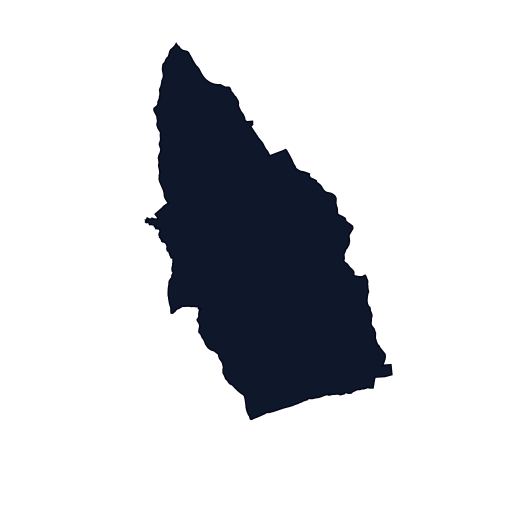 the district of Plopana, Bacau, Romania, rotated 30°
{"feature_id": "2599482B77085245724303", "entity_name": "Plopana", "entity_type": "district", "adm_level": 2, "iso_a3": "ROU", "parent_name": "Romania", "parent_adm1": "Bacau", "projection": "albers", "projection_center": [27.232, 46.669], "detail": "fine", "context": "isolated", "style": "filled", "palette": "ink", "viewbox_px": 512, "rotation_deg": 30, "n_neighbors": 0, "source": "geoboundaries", "source_scale": "gbopen_adm2", "svg_char_len": 6124}
<svg xmlns="http://www.w3.org/2000/svg" viewBox="0 0 512 512"><g transform="rotate(30 256 256)"><path d="M394.8,260.2L391.2,258.7L390.1,257.9L389.1,256.6L387.9,253.8L386.9,252.4L386.7,250.8L385.9,249.2L384.0,247.5L382.5,246.4L381.0,244.4L380.1,243.5L378.7,243.5L376.4,241.8L374.4,239.3L372.6,235.5L371.8,233.4L371.3,230.7L371.0,230.2L370.1,229.4L368.7,227.7L367.3,225.5L366.4,224.5L365.8,222.8L364.6,221.2L363.5,220.6L361.7,219.0L360.2,218.1L359.7,218.5L358.8,220.4L357.9,221.2L355.1,222.7L352.4,223.5L351.3,224.2L349.7,223.0L348.8,221.1L348.0,220.5L345.9,219.7L342.8,219.1L339.2,217.4L336.4,217.2L334.9,216.7L334.2,216.2L333.9,214.8L333.4,213.7L332.0,211.7L331.2,211.0L331.2,210.2L330.4,205.0L330.8,203.4L330.6,199.3L329.7,197.3L329.7,196.8L329.2,195.9L326.9,192.8L326.3,192.5L326.3,191.7L326.0,190.8L326.1,184.1L325.8,183.4L325.3,182.6L324.7,182.0L324.4,181.8L323.6,181.9L322.6,181.6L318.5,181.3L316.3,180.9L314.8,179.1L314.2,178.8L311.3,178.7L306.8,179.1L305.6,178.7L304.7,177.6L303.2,175.2L302.2,173.8L301.2,173.1L299.1,170.9L298.3,169.6L296.9,166.8L296.3,165.9L294.4,164.7L293.0,164.3L290.5,164.2L289.2,164.4L285.7,165.6L283.6,165.8L281.0,165.0L277.7,163.1L276.1,162.5L273.8,162.1L271.6,162.0L270.6,160.7L267.4,160.8L264.6,161.2L263.6,161.0L263.1,160.8L262.0,159.8L261.3,158.8L261.2,158.2L256.2,159.1L254.5,159.6L254.6,159.9L252.3,160.3L252.1,160.6L247.6,160.5L245.5,159.7L245.3,159.1L242.2,157.5L239.0,155.0L234.2,152.0L229.4,149.2L228.8,149.1L228.3,149.1L227.8,149.8L227.8,150.2L217.8,162.4L217.3,162.2L216.1,161.3L213.7,159.7L210.5,158.5L205.2,155.0L198.5,152.5L196.8,151.5L195.2,151.0L194.9,150.5L193.1,149.8L186.6,146.5L187.3,143.8L187.0,143.7L185.9,141.4L185.6,141.1L181.2,144.2L180.0,144.4L178.9,144.0L178.1,143.5L176.6,141.7L175.6,141.1L174.5,140.1L170.3,138.3L166.9,135.9L165.2,134.4L164.3,132.3L162.9,130.8L159.0,128.5L157.2,128.2L155.4,127.1L152.0,125.9L151.5,125.6L151.0,124.7L149.2,123.6L148.8,123.4L147.8,123.6L146.1,124.7L144.1,125.4L140.9,125.4L139.3,125.6L138.0,126.5L134.8,127.9L132.5,128.5L129.4,128.9L125.5,128.6L123.3,128.1L120.1,126.9L117.1,125.3L112.8,122.5L110.6,121.6L109.0,121.3L107.5,120.6L103.1,118.2L101.1,116.8L97.4,114.7L96.0,113.7L94.4,113.4L93.4,113.5L90.7,114.4L89.2,114.6L87.5,114.5L86.2,114.1L84.4,113.2L83.1,113.2L80.7,112.0L80.7,114.5L80.5,115.5L79.7,118.4L79.1,119.9L79.0,120.8L79.4,123.0L80.1,125.3L80.5,127.6L80.0,128.6L79.9,129.8L79.8,130.8L80.2,133.3L80.2,134.5L79.8,135.6L79.7,136.5L81.0,139.7L81.9,141.4L84.9,144.9L86.4,147.3L87.0,151.3L88.0,153.6L89.0,156.8L89.2,159.2L89.6,160.5L91.7,163.2L92.6,165.3L93.0,166.7L93.7,168.0L93.7,168.8L94.1,171.5L95.3,173.7L95.1,176.2L93.9,178.8L94.4,180.3L95.5,181.4L100.4,184.5L101.7,186.4L103.1,187.9L103.7,189.2L104.2,191.1L105.2,192.5L107.6,194.5L111.0,196.3L111.7,196.9L112.9,199.4L115.0,202.4L115.6,203.8L116.2,207.0L116.5,207.7L120.3,211.1L121.4,213.9L121.6,216.8L122.2,219.2L122.5,219.9L123.9,221.4L125.7,224.0L126.0,225.3L126.6,226.5L129.9,230.2L131.5,232.6L132.0,234.8L132.9,235.9L133.4,237.3L133.7,237.8L135.4,239.6L143.2,245.4L145.4,247.8L146.7,249.9L149.2,251.8L153.7,254.1L151.4,258.7L150.8,261.4L147.8,270.1L148.5,270.1L148.9,270.8L149.8,270.9L150.5,271.3L151.0,271.2L152.5,273.3L148.9,275.1L147.6,275.1L147.0,275.4L147.5,276.1L144.7,277.5L142.8,277.5L143.1,279.5L142.3,280.1L143.0,280.7L143.3,281.8L144.4,281.9L145.3,281.2L145.3,280.4L147.4,280.9L147.3,281.4L148.1,282.0L149.8,280.9L150.3,280.9L152.3,280.0L153.5,281.4L154.8,280.7L155.4,282.4L156.8,281.7L159.2,280.9L159.4,281.5L160.3,282.0L160.7,282.8L160.9,284.8L161.5,286.3L162.5,287.1L163.1,287.4L163.3,288.0L164.3,288.1L165.3,288.9L165.9,288.8L166.6,290.0L167.2,290.4L168.1,290.4L168.9,290.0L171.0,289.8L172.6,290.6L175.0,292.7L174.8,292.9L175.1,293.4L174.9,293.7L175.3,294.4L176.0,295.0L176.1,295.3L176.8,295.8L177.2,295.2L178.5,295.5L178.6,296.0L179.1,296.6L180.0,297.1L181.0,298.2L182.0,298.7L183.1,299.8L183.6,300.0L184.7,299.5L185.6,299.7L186.4,301.5L187.7,303.2L187.6,304.1L188.2,304.7L188.4,305.5L188.7,306.1L189.3,308.3L190.8,310.8L192.0,311.2L192.9,312.5L192.8,314.1L193.1,314.7L193.1,315.4L193.9,316.5L193.9,317.3L193.6,318.2L193.5,321.1L193.8,322.0L194.9,324.1L196.1,327.3L197.8,330.7L199.8,334.2L201.2,335.5L201.5,336.2L205.0,340.4L208.2,343.4L210.9,347.8L212.1,347.5L212.6,346.7L213.5,344.2L213.5,343.0L213.8,342.4L213.8,341.7L215.7,339.5L216.0,338.6L217.6,336.1L219.2,335.3L219.5,334.9L220.5,334.5L221.1,333.9L223.2,332.8L225.6,331.9L226.0,331.4L230.8,329.1L232.0,329.0L232.4,330.3L233.0,330.4L234.3,329.7L234.3,330.5L234.5,331.0L234.3,331.2L234.5,332.4L235.5,334.8L236.8,336.9L237.2,338.7L236.9,339.6L236.8,340.3L237.2,340.9L238.0,341.6L239.6,342.2L241.7,343.8L242.9,345.9L243.0,346.8L244.4,350.2L245.2,350.7L247.4,351.3L250.4,353.6L252.0,354.1L253.7,355.2L256.5,357.5L260.0,359.2L261.1,359.5L264.3,359.7L267.3,359.0L271.4,359.6L272.0,359.5L272.6,359.9L274.9,362.3L275.9,363.1L279.0,364.4L280.7,365.6L283.4,368.5L283.8,369.2L284.2,370.6L285.7,373.3L286.7,374.2L288.6,375.3L291.1,377.4L294.1,378.2L295.1,378.9L296.8,379.5L298.0,379.7L299.5,379.4L300.6,379.6L303.8,380.6L308.2,381.7L312.2,382.3L313.9,382.3L315.5,382.7L316.7,383.6L319.2,386.5L321.6,389.6L323.3,392.1L325.5,394.5L328.7,397.0L330.7,398.0L332.7,400.0L334.1,399.6L334.2,398.9L338.9,392.9L342.2,388.3L343.5,386.1L345.5,384.9L348.6,381.9L355.1,374.5L357.4,372.1L359.6,370.0L362.7,366.7L363.7,365.2L366.3,362.3L367.0,361.0L368.2,359.8L369.3,357.9L372.5,354.4L372.4,354.1L371.8,353.7L373.1,352.7L374.2,352.4L375.0,351.8L375.9,351.4L378.3,349.1L380.4,347.5L381.8,346.2L384.6,342.7L387.8,339.2L388.2,340.2L390.1,338.9L389.9,338.5L393.2,336.4L396.0,334.4L398.4,334.0L401.3,331.2L401.3,330.0L402.7,329.1L405.0,328.5L406.8,327.2L407.1,326.8L407.5,325.2L409.6,322.3L410.0,321.4L412.6,319.7L413.6,318.8L414.0,318.0L415.2,317.2L415.4,317.4L416.0,316.9L416.1,316.0L417.1,315.8L418.0,314.4L419.2,313.7L420.1,313.6L423.3,311.7L420.4,304.0L419.6,301.4L427.8,296.0L433.0,290.8L427.2,282.7L420.2,287.4L419.9,284.5L419.1,280.6L418.2,278.5L416.9,276.6L409.2,273.6L407.1,272.2L405.8,272.1L404.1,270.9L400.4,267.6L397.9,262.9L396.9,262.2L394.8,260.2Z" fill="#0f172a" stroke="#020617" stroke-width="1.5"/></g></svg>